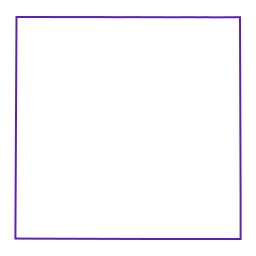 Jewell, Kansas, United States of America (orthographic projection)
{"feature_id": "52423323B48788445659830", "entity_name": "Jewell", "entity_type": "district", "adm_level": 2, "iso_a3": "USA", "parent_name": "United States of America", "parent_adm1": "Kansas", "projection": "orthographic", "projection_center": [-98.177, 39.785], "detail": "fine", "context": "isolated", "style": "outline", "palette": "violet", "viewbox_px": 256, "rotation_deg": 0, "n_neighbors": 0, "source": "geoboundaries", "source_scale": "gbopen_adm2", "svg_char_len": 403}
<svg xmlns="http://www.w3.org/2000/svg" viewBox="0 0 256 256"><path d="M15.4,238.5L22.4,238.6L152.1,239.0L240.6,239.0L240.6,194.7L240.0,17.2L224.3,17.3L209.4,17.3L207.8,17.2L194.9,17.3L193.9,17.2L186.6,17.2L183.7,17.2L174.5,17.3L158.0,17.2L152.2,17.2L146.2,17.2L143.4,17.2L137.9,17.1L115.8,17.2L108.7,17.1L106.4,17.1L21.9,17.0L16.5,17.0L15.4,238.5Z" fill="none" stroke="#5b21b6" stroke-width="2"/></svg>